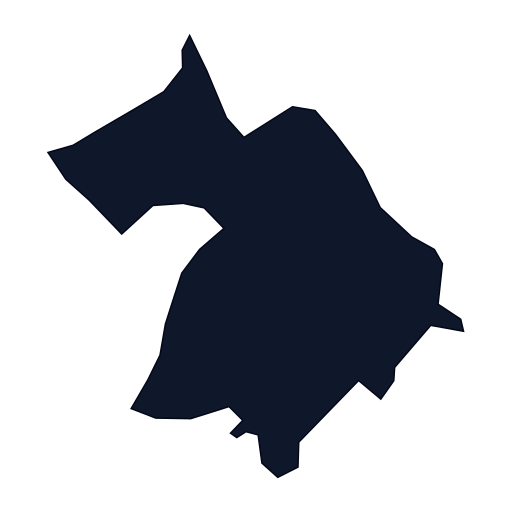 the district of Ulugnar, Andijon, Uzbekistan, rotated 89°
{"feature_id": "79887680B97911252833963", "entity_name": "Ulugnar", "entity_type": "district", "adm_level": 2, "iso_a3": "UZB", "parent_name": "Uzbekistan", "parent_adm1": "Andijon", "projection": "orthographic", "projection_center": [71.683, 40.776], "detail": "fine", "context": "isolated", "style": "filled", "palette": "ink", "viewbox_px": 512, "rotation_deg": 89, "n_neighbors": 0, "source": "geoboundaries", "source_scale": "gbopen_adm2", "svg_char_len": 819}
<svg xmlns="http://www.w3.org/2000/svg" viewBox="0 0 512 512"><g transform="rotate(89 256 256)"><path d="M477.7,238.1L467.8,217.7L442.9,216.5L382.3,155.6L401.3,133.7L383.1,120.4L369.8,119.3L328.4,82.5L334.9,49.8L322.8,52.4L307.4,74.8L266.9,69.7L252.6,77.5L239.6,100.0L209.8,130.9L172.3,148.2L135.7,174.4L111.6,194.4L107.4,216.9L137.2,266.0L117.4,283.1L70.1,301.9L34.3,318.5L48.9,326.2L66.6,326.1L90.0,345.2L107.6,376.1L128.7,413.8L142.1,437.0L148.8,462.2L176.0,444.8L197.0,422.1L219.6,401.1L231.7,389.9L203.7,358.2L202.1,327.8L207.0,307.0L227.8,287.6L248.3,312.2L271.8,330.5L296.8,339.1L322.5,347.8L353.4,353.7L378.1,366.4L406.4,383.5L416.3,359.1L417.5,324.1L406.1,285.6L420.1,272.1L432.7,284.6L437.2,278.4L431.5,269.0L434.9,257.0L463.2,253.7L477.7,238.1Z" fill="#0f172a" stroke="#020617" stroke-width="1.5"/></g></svg>